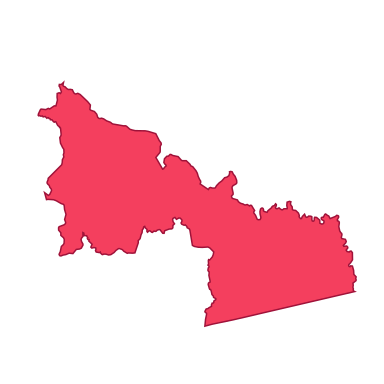 Ferreira Gomes, Amapá, Brazil (Natural Earth projection), rotated 168°
{"feature_id": "56859067B20573807328937", "entity_name": "Ferreira Gomes", "entity_type": "district", "adm_level": 2, "iso_a3": "BRA", "parent_name": "Brazil", "parent_adm1": "Amapá", "projection": "natural_earth1", "projection_center": [-51.388, 0.875], "detail": "fine", "context": "isolated", "style": "filled", "palette": "rose", "viewbox_px": 384, "rotation_deg": 168, "n_neighbors": 0, "source": "geoboundaries", "source_scale": "gbopen_adm2", "svg_char_len": 6010}
<svg xmlns="http://www.w3.org/2000/svg" viewBox="0 0 384 384"><g transform="rotate(168 192 192)"><path d="M97.3,161.9L98.6,162.6L101.1,162.3L102.1,159.0L102.1,156.7L102.4,155.9L105.7,156.5L106.5,156.0L107.6,155.8L108.9,156.7L110.2,158.4L112.3,157.9L113.4,158.5L113.6,159.5L112.4,161.1L112.1,162.2L112.7,163.1L114.3,161.6L116.1,161.4L116.9,160.9L117.3,160.2L121.5,158.0L122.8,156.5L125.4,157.9L126.0,158.8L125.7,159.9L125.9,161.1L126.7,161.8L127.5,161.7L128.5,161.1L129.6,158.7L130.0,156.2L129.9,152.9L130.4,151.7L131.1,150.9L133.0,151.1L133.9,151.8L134.7,156.0L135.9,158.7L135.7,159.8L134.6,160.8L136.6,166.5L137.7,166.9L138.6,166.4L140.6,168.3L142.6,168.2L143.6,168.7L144.3,169.5L146.9,170.9L148.6,172.8L149.2,174.8L153.9,177.4L154.3,179.2L154.0,180.1L152.4,181.0L152.0,182.4L152.0,187.7L151.6,188.7L150.6,189.7L147.4,190.7L146.6,191.2L146.2,192.0L145.9,194.2L146.6,198.4L147.9,200.9L148.5,203.4L149.9,204.1L151.1,204.0L151.2,202.8L152.5,200.3L154.8,199.3L157.1,199.2L160.6,196.6L163.5,195.3L166.7,193.1L168.2,191.4L168.9,191.1L171.2,191.6L173.0,192.6L174.2,192.4L175.5,191.0L182.4,198.2L181.4,199.8L181.3,201.0L182.0,202.8L182.7,206.0L182.9,209.3L183.7,212.0L186.0,216.6L187.6,217.7L188.3,219.7L191.1,223.8L195.2,224.7L196.0,225.6L198.2,229.5L203.2,231.7L204.8,233.1L205.6,233.3L207.6,232.0L209.2,232.2L212.0,230.3L213.4,226.7L212.7,224.8L212.0,224.0L211.9,222.9L214.0,221.7L214.8,220.7L216.0,220.5L220.2,233.3L215.1,237.4L214.6,238.5L213.6,243.2L212.1,245.1L212.1,246.6L213.3,249.0L215.3,256.6L222.2,260.4L224.9,261.5L234.8,263.8L237.6,265.1L239.7,266.3L242.4,270.0L243.3,270.6L245.1,270.9L255.1,274.9L256.0,275.5L257.2,277.1L260.8,279.4L263.2,281.9L265.1,283.0L266.9,283.0L267.8,283.4L268.7,284.6L269.0,287.9L270.7,291.0L274.1,293.1L274.7,294.0L273.3,298.2L275.3,302.1L281.1,310.6L283.2,312.3L285.2,312.0L286.0,312.3L287.0,313.6L287.8,316.9L289.7,317.7L291.7,318.0L292.9,319.1L294.3,321.3L295.7,322.2L296.1,323.1L294.9,325.9L297.5,324.3L299.4,324.8L300.0,323.3L299.5,322.2L298.9,317.1L300.2,315.7L301.3,316.7L303.4,316.4L304.3,312.7L304.5,309.9L307.2,304.5L308.8,304.9L314.0,302.8L315.2,303.7L317.8,303.0L322.4,304.5L323.2,304.0L326.0,300.3L326.5,299.0L326.0,298.3L325.3,298.5L324.1,297.6L322.4,297.4L322.0,296.4L319.9,296.4L318.6,294.3L317.8,294.7L316.9,294.5L316.6,293.6L315.6,293.2L315.5,292.1L314.0,291.8L312.8,289.4L312.0,288.9L311.3,289.3L310.6,289.0L309.6,285.3L309.0,284.3L308.0,283.5L308.2,282.6L307.4,282.1L307.4,281.2L308.0,275.7L308.4,274.5L310.0,272.7L310.5,267.1L309.3,262.3L308.5,260.4L309.1,256.9L310.1,255.2L310.1,252.9L312.1,250.5L312.8,247.8L313.8,245.7L329.8,235.3L330.3,233.8L331.5,232.1L331.9,231.0L331.4,229.6L330.3,228.1L330.1,226.2L329.1,224.2L329.0,222.9L329.7,221.7L331.7,219.2L333.2,218.5L336.3,222.0L335.9,214.8L334.6,214.8L328.9,213.2L326.5,211.6L322.3,207.8L320.5,206.8L319.8,205.6L320.3,201.4L319.9,196.3L322.3,191.6L321.9,188.6L322.2,187.7L323.1,186.9L324.0,186.5L329.2,185.7L330.0,184.7L330.4,182.4L328.8,179.4L329.3,176.8L327.2,174.0L326.8,172.2L327.8,168.4L328.8,167.3L331.1,165.9L333.3,160.9L334.6,159.3L335.0,158.4L334.6,157.2L333.5,156.7L331.0,157.1L328.4,157.0L324.9,157.7L321.3,156.5L317.1,159.9L313.8,159.6L311.9,160.1L309.7,162.7L309.5,163.8L310.3,166.4L310.4,168.6L309.5,170.0L307.9,171.2L307.2,175.0L306.4,174.4L306.5,171.7L304.1,171.2L304.0,170.1L303.4,169.0L304.0,168.3L303.7,167.2L302.6,166.9L303.1,165.4L300.6,161.7L302.4,159.1L301.7,158.0L299.4,158.0L297.8,157.3L297.9,155.8L298.6,154.7L298.2,153.2L295.3,152.0L294.2,152.3L294.2,151.4L293.0,149.6L292.3,149.3L291.4,149.6L289.1,149.1L286.6,147.7L284.4,147.6L280.8,149.0L278.5,150.7L275.6,151.9L274.6,151.7L272.1,150.1L271.0,148.2L268.1,145.5L266.9,145.6L262.7,144.5L260.5,144.3L255.1,153.5L254.7,155.7L253.0,156.7L252.3,157.5L250.7,160.8L249.3,162.6L248.4,165.4L247.3,166.2L246.5,167.9L245.4,168.2L245.2,166.7L243.8,164.8L244.3,162.9L243.9,161.9L241.9,163.0L241.0,162.6L239.9,161.1L239.1,160.7L237.3,161.7L236.2,161.1L235.2,161.1L234.0,161.9L231.9,162.1L231.1,161.7L229.2,157.7L227.9,157.4L226.8,159.8L222.1,160.5L219.4,160.1L218.2,160.9L217.6,163.3L215.7,164.5L216.7,166.9L216.6,169.3L216.1,170.1L214.0,170.7L212.9,168.5L210.2,169.3L209.0,168.9L207.8,167.0L207.8,166.0L208.2,165.0L209.0,164.3L209.1,163.5L208.7,162.6L206.6,161.1L205.4,161.2L204.2,159.4L204.2,158.1L202.2,156.3L202.0,155.0L202.7,139.7L201.1,138.3L197.4,136.7L193.5,135.7L187.9,134.9L186.3,133.7L183.2,128.9L184.3,126.2L185.7,124.2L188.9,121.8L189.8,122.4L190.3,121.5L190.8,118.0L191.6,117.2L190.9,116.2L190.9,115.2L191.9,114.3L192.7,112.2L192.5,111.2L192.0,110.5L192.0,109.4L192.8,107.0L192.8,100.8L193.2,100.0L194.0,100.0L194.9,99.4L195.4,98.1L195.1,94.0L194.9,93.1L194.1,92.8L193.8,91.2L193.8,87.5L192.8,85.9L192.8,84.4L190.9,82.8L191.1,81.8L193.2,80.9L193.8,79.3L194.7,78.9L195.4,79.1L196.5,77.5L196.7,76.1L199.5,75.3L200.5,74.7L202.5,74.6L203.9,72.9L204.3,72.1L203.0,70.3L203.3,69.0L205.2,64.7L207.3,58.1L199.5,58.5L178.4,58.4L53.6,60.8L54.5,61.5L54.7,62.8L54.3,63.6L54.4,65.4L53.7,67.2L53.5,69.4L50.0,71.2L49.7,72.2L49.9,73.1L49.1,74.9L50.8,77.7L50.2,81.8L50.5,86.2L52.2,86.8L53.0,86.1L53.8,86.5L54.1,87.4L53.7,88.4L51.7,89.7L49.1,92.3L47.7,99.4L48.7,101.2L49.8,101.2L50.7,100.6L52.7,101.5L53.3,103.1L51.2,104.9L51.2,105.9L51.9,107.0L54.8,107.3L55.1,108.3L52.2,110.3L51.4,111.6L51.8,113.8L55.1,115.3L55.4,116.5L54.2,119.0L54.2,120.4L54.9,121.3L55.6,123.2L55.6,127.7L54.3,131.2L54.3,132.3L54.7,133.0L55.7,133.6L55.6,134.7L53.7,137.0L53.7,138.1L54.3,138.7L55.4,139.1L56.7,138.3L62.4,137.3L63.3,140.2L64.2,140.8L65.8,142.7L66.7,142.5L68.8,140.0L70.0,140.3L70.9,139.9L71.1,138.9L70.7,137.9L69.0,136.4L69.1,135.2L69.8,134.0L70.7,133.6L71.9,133.7L73.4,134.9L72.9,137.9L75.4,141.2L77.2,141.8L77.7,141.3L78.3,139.1L78.8,138.4L79.6,138.2L80.4,138.7L80.5,140.0L79.9,142.8L80.7,143.6L82.9,144.2L84.0,143.5L85.2,143.4L86.0,144.2L86.5,146.9L89.2,145.1L90.4,143.3L91.4,143.4L92.4,145.5L91.9,146.8L92.3,149.3L94.4,152.4L96.7,153.2L97.4,154.0L97.1,156.7L98.1,159.0L98.1,160.1L97.3,161.9Z" fill="#f43f5e" stroke="#9f1239" stroke-width="1.5"/></g></svg>